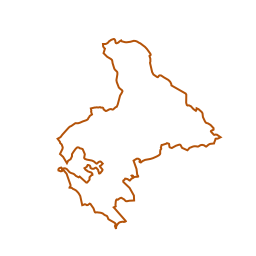 the Canton of Bern, rotated 246°
{"feature_id": "CHE-3424", "entity_name": "Bern", "entity_type": "Canton", "adm_level": 1, "iso_a3": "CHE", "parent_name": "Switzerland", "parent_adm1": "", "projection": "mercator", "projection_center": [7.53, 46.838], "detail": "fine", "context": "isolated", "style": "outline", "palette": "amber", "viewbox_px": 256, "rotation_deg": 246, "n_neighbors": 0, "source": "natural_earth", "source_scale": "10m", "svg_char_len": 5694}
<svg xmlns="http://www.w3.org/2000/svg" viewBox="0 0 256 256"><g transform="rotate(246 128 128)"><path d="M214.9,139.3L213.9,141.5L213.8,142.3L213.9,143.7L214.2,144.7L214.9,146.0L215.0,146.6L215.1,147.5L215.3,148.1L215.3,148.8L215.3,149.5L215.1,151.2L214.7,151.7L213.9,151.9L213.0,151.9L211.2,151.4L210.5,151.5L210.0,152.1L210.0,154.0L210.5,155.3L210.8,157.4L209.7,157.6L207.6,160.2L206.9,161.5L206.5,162.8L205.8,165.2L205.3,168.7L204.8,169.6L204.3,170.4L203.1,171.6L201.4,172.7L200.3,173.7L195.2,176.5L192.6,177.4L186.9,178.6L186.3,178.6L185.7,178.5L185.4,178.2L185.3,177.7L185.2,177.0L185.1,176.9L182.2,176.6L179.5,175.4L178.6,174.6L169.3,172.8L166.5,173.0L162.9,175.2L162.4,175.7L162.3,176.0L163.0,177.3L163.2,177.8L163.2,178.3L162.8,179.1L162.5,179.6L159.5,181.5L155.5,184.4L153.2,185.3L152.2,185.4L150.5,185.4L149.2,185.0L136.0,194.7L134.7,194.8L127.4,191.4L125.2,191.1L124.7,191.3L124.3,191.6L124.0,192.7L123.8,193.0L122.6,194.0L122.3,194.3L118.6,195.5L116.1,197.0L116.7,197.9L118.1,198.7L116.5,200.1L112.7,201.8L111.7,202.0L111.0,202.0L107.5,200.9L102.7,201.0L101.2,201.3L100.7,201.7L99.6,203.0L97.1,204.7L93.0,206.1L92.4,205.7L91.7,205.5L91.6,205.2L91.7,203.9L91.6,202.8L91.3,202.4L90.7,202.4L87.2,203.6L86.8,203.8L86.6,204.1L86.5,205.1L85.7,206.5L81.9,208.8L81.8,205.6L82.0,205.0L82.5,204.1L82.5,203.6L82.2,203.2L81.5,202.8L80.0,201.2L78.9,200.3L80.1,196.5L80.1,195.6L79.9,194.4L79.6,193.4L79.2,192.0L79.5,191.5L81.3,190.4L82.3,189.1L82.7,188.0L82.8,187.0L82.5,184.9L82.6,184.3L82.9,183.7L83.5,182.9L84.3,181.3L84.6,180.1L84.7,178.8L84.7,177.8L84.8,176.6L84.7,176.0L84.6,175.5L84.0,174.6L83.5,173.2L87.9,169.3L90.9,169.1L91.4,168.9L91.9,168.2L92.1,166.8L92.3,164.6L91.9,159.9L93.1,158.5L93.6,158.2L95.2,158.5L96.1,158.9L96.9,159.0L97.9,157.9L98.3,157.4L98.1,156.8L98.5,152.9L98.8,151.8L98.6,151.5L97.4,150.7L97.2,150.4L96.9,150.1L96.5,150.1L96.1,150.1L95.7,150.0L95.3,149.7L94.9,148.8L93.9,148.1L93.4,147.8L91.5,147.0L91.2,146.7L90.9,146.2L90.5,145.0L90.3,142.7L90.3,138.5L90.6,136.0L91.9,130.7L91.9,128.3L91.6,126.7L91.3,126.0L91.4,125.5L92.2,124.8L92.8,124.9L93.0,125.1L93.0,125.5L93.5,125.9L94.2,125.9L94.8,125.6L95.9,124.7L96.4,123.4L95.9,119.8L87.1,119.1L81.5,117.4L80.4,117.7L79.9,117.7L79.5,117.5L79.5,117.1L80.2,115.4L80.5,114.5L80.6,113.7L80.3,112.0L80.3,111.0L80.2,110.3L79.9,109.7L79.3,108.6L79.3,108.2L79.5,108.0L80.9,107.2L81.5,106.8L82.6,105.4L82.9,104.8L82.1,103.7L82.0,102.7L81.9,102.4L81.6,102.1L80.6,101.8L72.6,105.1L63.9,105.9L59.3,104.1L60.4,101.2L60.9,100.1L61.5,97.4L61.8,96.7L62.2,96.2L64.7,95.2L65.8,94.3L66.8,93.7L67.0,93.4L67.1,92.8L67.1,91.9L66.9,90.7L66.6,89.5L66.7,89.3L67.3,88.8L67.3,88.5L66.9,87.8L66.1,87.1L62.9,85.3L61.4,84.9L61.3,82.7L43.9,88.1L43.7,88.1L43.6,87.1L43.9,85.9L44.4,85.4L44.6,84.9L45.1,82.9L45.2,81.8L45.1,81.2L44.8,80.3L44.1,78.9L42.9,77.2L40.7,76.0L43.7,76.2L44.7,77.1L45.0,77.5L45.5,77.7L46.3,77.5L47.5,76.8L51.5,73.8L52.7,73.0L55.2,73.1L56.3,72.9L57.5,71.7L58.5,71.0L60.3,70.1L61.4,68.9L62.2,67.8L62.7,66.8L63.5,65.6L63.8,64.9L64.0,64.0L64.4,63.6L65.2,63.5L68.6,63.8L73.9,62.8L74.5,62.2L74.3,61.5L74.1,60.4L74.0,59.9L74.1,59.5L74.3,59.0L75.4,58.2L75.8,57.7L76.0,57.1L75.9,56.4L76.1,54.8L85.3,56.7L87.4,56.5L89.1,56.2L91.9,55.2L93.1,54.4L94.0,53.7L94.4,53.2L94.9,52.9L95.8,52.5L96.4,51.9L96.8,51.3L97.1,50.6L97.3,50.3L97.6,50.5L98.2,51.8L99.3,52.3L111.2,53.3L117.7,51.4L116.9,53.9L116.3,54.6L115.3,55.4L111.7,56.5L110.9,57.0L110.0,57.7L108.8,59.1L107.7,60.0L105.3,61.0L103.0,62.9L103.3,64.1L95.1,67.7L94.8,68.5L95.4,69.8L95.8,70.4L96.1,71.3L96.4,71.8L96.9,72.1L98.1,72.5L98.7,72.9L98.9,73.4L99.7,75.3L99.8,75.7L99.6,76.4L99.9,76.6L100.6,76.8L101.7,76.6L102.6,76.1L103.4,75.0L104.4,74.1L105.0,73.4L105.9,73.2L106.7,72.5L107.3,72.2L109.0,71.9L109.2,73.9L109.4,74.7L109.7,75.1L110.2,75.5L110.6,76.1L110.2,76.9L109.1,77.8L108.3,77.9L107.6,77.8L107.1,77.5L106.7,77.5L105.5,78.5L104.9,79.5L104.7,80.3L104.9,81.8L104.8,82.6L104.0,83.0L102.0,83.6L101.5,83.6L100.4,83.3L99.7,83.4L98.5,83.1L98.1,83.2L98.0,83.9L98.1,84.5L98.8,85.7L99.4,87.0L100.0,87.6L100.4,87.8L103.5,86.9L104.5,86.7L104.7,86.8L104.8,88.2L105.7,90.4L107.8,89.7L108.5,89.3L108.8,88.7L108.9,87.8L108.8,87.0L108.2,85.6L108.2,84.9L108.6,84.5L111.5,83.1L113.0,81.7L115.9,77.5L117.4,76.0L118.6,75.8L121.6,77.9L126.6,78.0L127.3,77.9L128.4,76.7L129.1,75.7L130.1,75.2L130.4,74.8L130.7,74.3L130.9,73.8L130.7,72.9L130.2,71.6L128.6,68.8L126.9,66.2L124.9,65.3L122.8,62.8L122.7,61.6L122.3,59.8L120.7,57.9L128.0,57.0L131.9,55.3L135.6,59.7L136.9,60.5L139.9,60.7L142.0,59.9L143.1,60.2L146.8,59.3L147.1,62.5L147.2,62.8L148.6,65.3L151.5,71.8L151.9,72.7L152.5,74.1L152.9,75.4L152.9,77.0L153.8,81.9L153.0,83.5L152.6,84.6L152.4,86.2L152.4,89.4L152.1,92.6L152.1,93.6L152.3,94.8L153.3,96.0L154.0,97.3L154.6,98.0L155.0,100.6L157.9,100.9L158.6,101.5L161.0,102.0L160.3,105.7L160.0,106.4L159.6,107.9L159.0,108.8L158.8,109.2L158.6,110.2L158.5,110.7L158.3,111.1L157.7,111.5L157.3,112.4L157.0,113.0L156.5,113.4L155.9,113.5L155.0,113.3L154.8,113.3L153.9,113.9L153.0,114.3L152.6,114.6L152.4,115.2L152.4,116.2L152.6,118.1L152.5,119.3L152.2,120.2L151.2,121.2L151.0,122.0L152.0,125.1L152.0,126.4L153.7,128.2L160.9,134.0L162.2,136.0L163.7,137.8L164.3,138.0L165.2,137.8L166.8,136.9L168.7,136.1L174.4,136.4L176.5,136.9L181.3,140.1L182.6,140.7L183.4,140.9L184.0,140.8L186.6,139.8L187.8,139.6L193.5,140.3L195.7,140.9L196.7,141.0L197.9,140.5L201.6,137.9L206.3,136.1L209.9,139.2L210.7,138.8L212.1,138.5L212.7,138.5L214.9,139.3ZM82.3,113.1L82.6,112.9L83.0,112.4L83.0,111.9L81.3,112.3L81.7,113.1L82.0,113.1L82.3,113.1ZM117.5,47.2L118.4,47.5L119.0,48.2L119.2,48.9L119.2,49.6L119.1,50.5L119.0,50.9L118.0,51.0L116.0,50.7L115.6,50.5L115.5,50.0L115.8,48.9L117.5,47.2Z" fill="none" stroke="#b45309" stroke-width="2"/></g></svg>